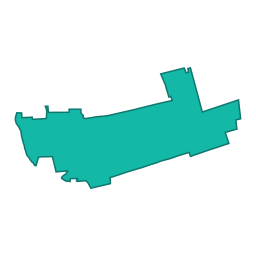 outline of Barcea, Galati, Romania
{"feature_id": "2599482B6592604514944", "entity_name": "Barcea", "entity_type": "district", "adm_level": 2, "iso_a3": "ROU", "parent_name": "Romania", "parent_adm1": "Galati", "projection": "orthographic", "projection_center": [27.463, 45.764], "detail": "fine", "context": "isolated", "style": "filled", "palette": "teal", "viewbox_px": 256, "rotation_deg": 0, "n_neighbors": 0, "source": "geoboundaries", "source_scale": "gbopen_adm2", "svg_char_len": 2023}
<svg xmlns="http://www.w3.org/2000/svg" viewBox="0 0 256 256"><path d="M240.6,118.8L238.5,99.9L202.3,112.0L190.4,67.8L187.9,68.6L188.4,72.3L186.9,72.6L186.1,72.8L184.2,68.0L160.7,73.9L165.1,84.2L168.9,97.1L170.7,96.3L172.2,100.5L164.9,102.1L161.6,102.9L155.9,104.2L136.5,109.0L136.3,109.1L127.3,111.2L116.7,113.6L109.4,115.3L108.1,115.6L101.9,116.4L101.1,116.3L94.1,117.1L93.7,117.3L92.0,117.6L90.5,117.8L85.0,118.6L83.1,117.6L83.2,115.4L82.0,114.3L81.1,113.0L80.9,112.2L80.9,109.2L69.1,109.2L69.1,112.3L48.6,112.4L48.2,110.8L47.9,106.2L45.3,106.3L46.5,109.6L46.7,111.1L46.5,117.2L45.9,118.6L32.6,119.3L32.4,119.3L32.3,117.2L21.8,117.7L21.7,113.0L21.1,112.9L20.2,112.9L18.8,112.9L16.8,112.8L16.5,113.8L16.2,114.7L16.1,114.9L15.9,115.7L15.7,116.8L15.5,117.7L15.4,118.5L15.4,119.5L15.4,120.4L15.5,120.7L15.7,121.3L16.3,123.4L18.5,126.5L20.4,130.2L21.0,131.5L21.6,136.3L23.1,142.1L24.3,145.8L24.7,148.6L25.8,151.4L26.6,154.7L29.7,158.8L30.3,159.9L30.5,160.0L30.8,160.4L31.3,161.3L32.0,162.0L33.2,162.9L33.9,164.1L34.5,165.2L34.8,165.5L35.2,165.6L35.4,165.5L35.7,165.5L36.1,165.6L38.5,157.3L38.8,157.3L40.1,156.9L52.4,156.6L56.1,171.9L58.6,171.7L64.0,171.2L65.1,171.3L65.4,171.0L65.9,171.0L67.5,170.8L67.5,171.0L67.6,171.5L67.1,172.1L66.6,172.6L66.4,173.0L66.1,173.5L65.8,174.0L65.3,174.3L63.8,175.2L62.9,176.0L62.2,176.6L61.9,177.0L62.0,177.2L62.1,177.3L62.1,177.5L62.0,177.8L61.7,178.1L61.6,178.3L64.5,180.3L65.0,180.6L65.8,180.9L65.9,181.0L66.1,181.0L67.5,181.4L68.3,180.9L70.0,181.6L70.5,178.6L71.4,178.6L71.7,178.6L72.6,178.6L73.2,178.6L78.1,178.5L77.0,179.1L76.5,180.9L77.4,181.4L85.7,180.7L87.9,182.7L90.9,188.2L110.4,183.6L110.2,177.4L112.1,177.0L112.4,177.0L115.4,175.9L115.8,175.8L121.3,174.0L122.4,173.6L126.8,172.1L144.6,166.7L145.3,166.4L151.2,164.4L156.9,162.7L161.0,161.0L162.5,160.7L165.5,159.8L168.5,159.1L174.3,157.2L176.0,156.5L181.0,154.9L189.2,152.4L190.4,156.4L211.3,149.2L211.5,149.2L228.9,143.4L225.2,132.4L236.9,129.1L235.8,120.0L240.6,118.8Z" fill="#14b8a6" stroke="#0f766e" stroke-width="1.5"/></svg>